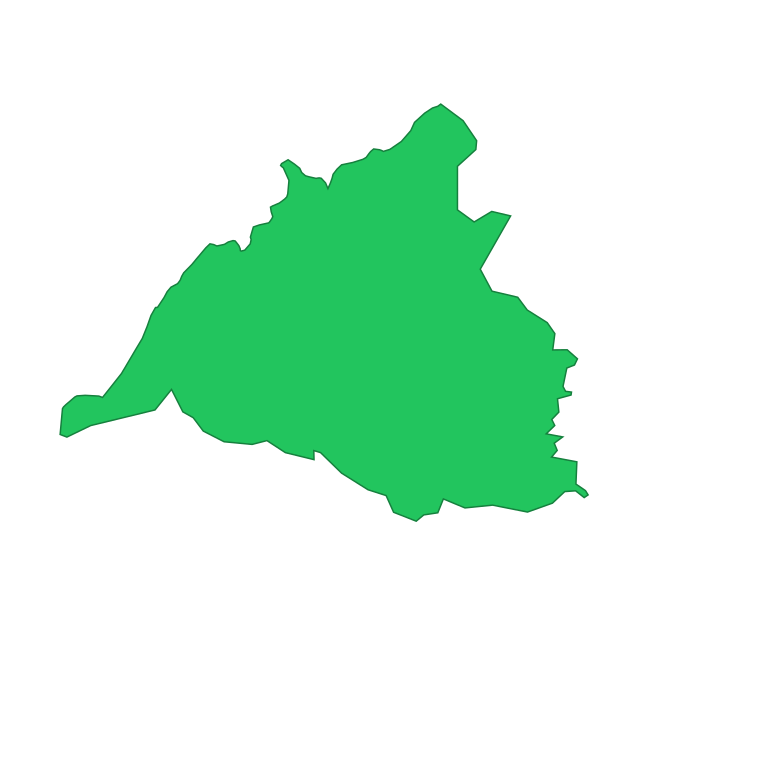 Gevgelija, Gevgelija, North Macedonia (Equal Earth projection), rotated 131°
{"feature_id": "65306769B17532316382540", "entity_name": "Gevgelija", "entity_type": "district", "adm_level": 2, "iso_a3": "MKD", "parent_name": "North Macedonia", "parent_adm1": "Gevgelija", "projection": "equal_earth", "projection_center": [22.386, 41.253], "detail": "fine", "context": "isolated", "style": "filled", "palette": "green", "viewbox_px": 768, "rotation_deg": 131, "n_neighbors": 0, "source": "geoboundaries", "source_scale": "gbopen_adm2", "svg_char_len": 2175}
<svg xmlns="http://www.w3.org/2000/svg" viewBox="0 0 768 768"><g transform="rotate(131 384 384)"><path d="M233.9,288.1L230.6,301.1L234.2,324.4L230.8,340.0L243.1,363.4L234.2,386.7L174.1,398.7L183.1,415.9L202.6,422.3L204.4,442.8L171.5,471.4L146.8,468.5L139.6,473.7L133.4,497.0L135.5,524.8L139.1,525.6L143.9,528.5L152.9,531.0L166.5,532.6L175.2,530.0L186.7,530.0L189.6,530.0L203.1,533.5L208.9,537.1L209.3,538.9L210.1,541.0L213.4,546.0L217.3,546.6L220.1,546.5L224.7,546.1L228.2,547.3L237.3,552.9L246.4,559.8L252.6,560.4L259.1,560.0L262.9,558.1L267.5,556.3L273.3,554.5L270.6,560.0L269.9,566.3L270.4,567.2L270.8,567.9L271.7,568.8L273.4,570.2L276.8,576.5L278.4,579.9L278.4,584.8L276.5,589.1L276.8,595.8L277.7,603.5L284.9,605.9L286.9,605.4L287.0,603.6L286.9,601.8L292.7,589.3L303.6,581.4L306.6,580.1L309.7,580.3L316.1,581.7L322.7,584.9L325.0,585.7L328.0,582.1L330.6,577.8L332.7,577.1L336.6,576.7L338.0,576.7L345.7,582.4L351.2,585.6L360.8,581.2L362.2,579.0L366.0,576.9L374.4,576.9L377.3,578.9L377.6,579.9L376.3,581.3L374.8,584.3L374.0,588.3L373.7,590.2L374.8,592.0L379.0,594.7L383.2,596.0L384.6,597.0L389.5,600.7L390.5,604.0L392.4,607.3L398.2,607.8L412.5,607.6L419.8,607.4L431.5,608.1L435.5,607.3L439.4,605.9L443.7,605.6L450.7,608.3L456.6,608.2L463.1,606.7L474.7,605.2L476.2,606.6L485.1,604.8L496.0,600.5L508.2,596.3L521.6,593.9L543.8,589.8L545.2,589.6L546.6,589.3L548.2,589.0L565.1,588.2L578.8,587.6L580.2,591.3L588.6,602.1L594.4,607.9L596.6,608.8L608.1,610.5L611.6,610.8L613.5,610.5L634.6,595.3L632.1,588.5L607.8,578.1L553.8,539.8L527.5,540.8L537.0,517.5L534.6,505.9L538.1,489.5L532.5,466.8L516.1,443.9L503.5,435.2L500.5,413.4L487.0,387.2L480.3,393.3L477.4,386.9L479.1,357.5L474.3,326.7L466.8,309.2L474.5,292.6L466.4,269.7L456.7,268.1L445.9,258.9L431.8,263.8L424.4,241.6L404.2,222.6L386.5,191.7L363.4,178.7L346.6,177.0L338.9,169.3L338.4,158.4L333.8,157.2L332.3,162.0L333.6,173.5L316.2,187.4L329.2,209.6L320.5,209.7L317.0,216.7L306.7,214.4L315.2,228.9L303.3,227.9L300.7,234.1L290.5,233.6L281.3,243.4L269.6,235.6L267.1,237.2L270.4,242.2L268.4,247.3L252.0,256.5L244.7,252.7L238.1,254.5L238.0,268.2L247.6,279.0L233.9,288.1Z" fill="#22c55e" stroke="#15803d" stroke-width="1.5"/></g></svg>